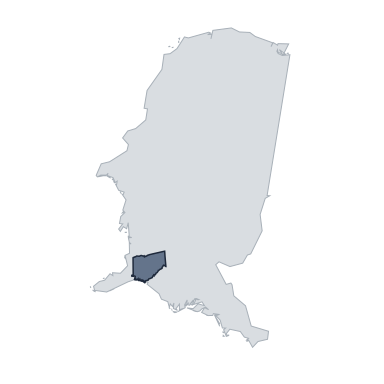 location of Georgia within United States of America, rotated 85°
{"feature_id": "USA-3543", "entity_name": "Georgia", "entity_type": "State", "adm_level": 1, "iso_a3": "USA", "parent_name": "United States of America", "parent_adm1": "", "projection": "albers", "projection_center": [-82.629, 32.682], "detail": "fine", "context": "in_parent", "style": "filled", "palette": "slate", "viewbox_px": 384, "rotation_deg": 85, "n_neighbors": 0, "source": "natural_earth", "source_scale": "10m", "svg_char_len": 7852}
<svg xmlns="http://www.w3.org/2000/svg" viewBox="0 0 384 384"><g transform="rotate(85 192 192)"><path d="M310.0,148.6L330.7,144.7L337.4,127.9L345.3,129.6L346.7,139.3L352.0,145.2L344.4,148.6L344.2,150.5L342.7,148.4L341.1,152.5L335.2,156.0L332.0,166.3L336.0,170.1L338.3,169.3L337.5,167.5L338.3,168.3L338.8,170.4L332.0,172.5L330.5,170.4L330.1,173.6L322.2,175.1L316.5,179.5L317.0,177.2L316.3,175.8L315.0,181.3L316.8,182.1L316.5,186.7L312.8,192.9L308.3,189.5L310.7,185.7L307.9,188.4L309.3,192.4L311.2,194.7L311.7,197.3L307.0,207.1L308.3,201.0L303.9,195.7L306.3,189.5L302.3,191.6L304.2,200.3L300.1,197.8L298.8,198.2L299.9,195.4L299.8,194.5L298.5,196.8L298.5,198.6L304.7,201.7L303.4,203.4L300.6,200.4L299.6,200.0L303.1,203.5L304.6,204.1L303.9,206.4L301.9,204.8L305.0,208.0L304.3,208.5L302.8,206.9L299.1,206.2L303.8,209.2L306.7,208.9L310.1,216.9L307.2,210.8L308.2,214.8L302.6,214.3L306.8,218.1L308.7,216.8L306.4,220.7L301.0,219.7L304.4,221.4L301.6,223.4L305.0,224.6L299.1,225.7L296.1,231.8L290.5,233.7L279.9,244.8L278.4,243.6L274.4,253.6L274.1,256.0L275.9,263.5L284.2,285.7L281.5,297.6L277.3,298.3L273.1,292.1L272.3,286.8L266.3,280.8L268.4,278.1L265.5,278.2L266.7,270.4L259.9,262.6L249.3,264.2L247.6,259.6L237.3,258.9L238.6,257.2L236.7,258.8L232.0,259.4L232.1,256.0L231.2,258.4L217.0,258.2L222.9,260.3L220.6,263.4L225.0,266.8L222.5,268.3L217.7,263.8L217.1,267.0L210.2,265.1L206.6,260.6L204.0,262.5L194.1,258.4L187.6,262.1L189.3,261.1L186.2,259.6L183.9,264.9L177.2,267.6L178.8,266.7L174.7,265.6L175.9,267.7L170.8,269.4L168.1,275.2L166.0,273.9L167.7,275.8L167.2,281.4L168.7,285.0L167.1,286.0L156.0,280.0L154.7,271.5L145.2,253.2L139.2,251.2L132.1,256.4L125.6,250.7L123.9,242.6L116.2,231.8L105.3,229.1L104.4,232.4L86.9,227.9L67.3,211.3L52.5,207.9L52.3,201.8L47.9,194.5L36.9,186.0L38.2,182.2L34.3,161.3L35.3,159.6L36.6,162.7L36.6,158.4L41.1,159.8L32.8,157.1L32.0,138.5L36.7,130.8L38.1,120.5L42.6,115.4L50.4,98.6L54.1,100.6L50.2,98.1L53.2,93.9L51.7,93.4L52.9,82.8L61.6,88.2L57.8,92.5L62.2,90.1L60.3,94.2L57.7,94.4L59.2,95.2L61.6,94.1L63.9,90.1L63.8,82.5L202.1,117.5L202.5,114.9L204.7,119.6L220.3,126.1L236.8,125.5L258.8,138.9L259.6,142.3L267.3,147.7L269.6,160.7L263.9,171.2L266.5,174.7L287.0,166.0L286.1,161.2L287.9,160.2L299.1,159.4L310.0,148.6ZM324.8,177.0L328.2,176.1L316.3,180.4L326.0,175.7L324.8,177.0ZM63.0,86.8L63.2,90.0L63.0,90.4L62.0,87.7L63.0,86.8ZM168.7,284.1L167.8,278.9L168.3,276.2L168.1,279.1L168.7,284.1ZM345.3,148.9L345.4,150.4L344.8,150.2L345.3,148.9ZM206.6,262.1L206.8,263.3L205.7,262.3L206.6,262.1ZM40.2,192.1L41.8,192.1L41.8,192.3L40.2,192.1ZM38.8,191.2L37.9,191.7L37.7,190.9L38.8,191.2ZM335.2,172.4L334.3,173.5L334.0,173.3L335.2,172.4ZM169.5,273.8L168.3,275.8L171.1,271.8L169.5,273.8ZM281.8,278.4L283.4,282.8L281.5,278.0L281.8,278.4ZM46.3,198.3L46.5,199.6L46.2,198.3L46.3,198.3ZM282.3,298.2L280.9,299.6L283.1,296.7L282.3,298.2ZM310.7,219.7L309.4,221.5L310.3,217.3L310.7,219.7ZM62.5,84.1L62.2,84.9L61.9,84.3L62.5,84.1ZM175.9,268.6L173.5,269.3L176.0,268.3L175.9,268.6ZM338.5,172.5L338.5,173.6L337.5,173.4L338.5,172.5ZM45.2,201.4L45.2,202.9L44.9,201.5L45.2,201.4ZM172.8,270.1L171.8,270.5L172.7,269.7L172.8,270.1ZM311.2,199.1L310.0,201.5L311.4,198.2L311.2,199.1ZM186.8,263.0L185.3,263.7L187.5,262.5L186.8,263.0ZM274.7,254.7L274.4,256.5L274.2,255.3L274.7,254.7ZM305.5,224.8L305.1,225.2L306.4,223.8L305.5,224.8ZM253.1,263.9L251.3,264.8L250.6,264.6L253.1,263.9ZM231.4,259.1L231.0,259.4L230.0,259.3L231.4,259.1ZM270.3,287.0L270.5,288.3L270.0,286.7L270.3,287.0ZM226.6,261.4L226.3,262.5L226.4,260.4L226.6,261.4ZM278.2,301.4L277.1,301.5L278.6,301.1L278.2,301.4ZM316.3,187.5L315.7,188.7L316.4,187.0L316.3,187.5ZM308.4,221.9L307.8,222.3L307.7,222.3L308.4,221.9Z" fill="#d9dde1" stroke="#a8b0b8" stroke-width="1"/><path d="M277.9,246.7L278.0,246.7L278.2,246.8L278.3,246.9L278.2,247.1L277.9,247.3L277.8,247.2L277.7,247.1L277.5,247.3L277.5,247.5L277.5,247.9L277.4,248.0L277.2,247.9L276.9,247.9L276.7,247.7L276.7,247.8L276.4,248.0L276.7,248.1L276.9,248.3L277.0,248.3L276.9,248.4L276.9,248.6L276.7,248.8L276.2,249.0L276.0,248.9L275.7,248.7L275.6,248.8L275.8,248.9L276.0,249.1L275.8,249.5L275.7,249.6L275.4,250.2L275.2,250.3L275.3,250.6L275.2,250.7L275.2,250.8L275.2,251.0L275.0,251.4L275.2,251.9L274.6,251.9L274.4,251.8L274.3,251.7L274.2,251.7L274.3,251.9L274.6,252.0L274.9,252.1L275.1,252.1L275.5,252.3L275.6,252.5L275.5,252.8L275.4,252.8L275.1,253.1L275.0,253.3L274.9,253.4L274.7,253.4L274.7,252.9L274.4,253.0L274.5,253.4L274.5,253.5L274.4,253.6L274.2,253.5L274.4,253.7L274.6,254.0L274.6,253.8L274.6,253.7L274.8,253.6L274.7,253.8L274.6,254.3L274.5,254.2L274.4,254.0L274.2,253.9L274.4,254.2L274.5,254.3L274.4,254.5L274.0,254.6L274.4,254.7L274.5,254.8L274.4,254.9L274.2,255.1L274.1,255.4L274.1,255.5L273.9,255.6L274.0,255.7L274.1,255.8L274.1,256.0L274.2,256.4L274.2,256.6L273.8,256.7L273.7,256.7L273.3,256.5L273.1,256.6L272.7,256.4L272.3,256.3L271.8,256.0L271.5,255.9L271.3,255.9L271.2,255.9L271.1,256.0L270.9,256.1L270.8,256.3L270.7,256.4L270.7,256.5L270.7,256.8L270.6,257.0L270.7,257.4L270.9,257.6L270.9,257.8L270.8,258.3L270.6,258.9L270.7,259.2L270.6,259.3L270.4,259.3L270.2,259.3L269.9,259.3L269.7,259.2L269.6,258.8L269.6,258.7L269.6,258.4L269.4,258.1L269.4,257.8L252.8,256.5L252.4,256.5L252.1,256.2L252.0,255.7L252.0,255.4L252.0,255.2L251.9,255.0L251.8,254.7L251.7,254.7L251.6,254.4L251.7,254.2L251.5,253.7L251.4,253.4L251.2,253.2L251.0,252.9L251.0,252.6L251.0,252.3L251.0,252.2L251.2,251.5L251.2,251.2L251.3,251.0L251.3,250.8L251.3,250.7L251.4,250.4L251.4,250.2L251.4,249.7L251.1,249.3L251.0,249.2L250.9,248.3L250.8,248.2L251.0,247.6L251.1,247.3L251.3,247.0L251.4,246.8L251.4,246.6L251.4,246.3L251.5,246.2L251.5,245.8L251.6,245.6L251.9,245.4L252.1,245.3L252.0,245.2L252.3,245.2L252.5,244.9L252.4,244.8L252.4,244.7L252.0,244.5L251.9,244.3L251.9,244.2L252.0,244.1L252.1,243.8L252.1,243.6L251.9,243.3L251.9,243.0L251.9,242.9L251.4,242.2L251.2,242.0L251.3,241.7L251.2,241.6L251.2,241.3L251.1,241.1L250.9,240.7L250.9,240.4L250.7,239.8L250.4,237.6L250.3,237.1L249.3,229.7L248.8,226.1L248.6,224.4L250.0,224.4L253.1,224.5L256.4,224.5L263.9,224.5L263.8,224.9L263.6,225.0L263.2,225.4L263.0,225.5L262.7,225.9L262.6,226.0L262.5,226.4L262.4,226.7L262.6,227.0L263.1,227.3L263.4,227.4L263.5,227.4L263.6,227.5L263.8,227.7L264.0,227.9L264.1,228.0L264.3,228.3L264.5,228.4L265.2,228.4L265.5,228.6L265.5,228.8L265.6,229.0L266.1,229.8L266.1,230.0L266.2,230.6L266.3,230.7L266.3,230.8L266.5,231.0L266.8,231.4L266.9,231.5L267.0,231.6L267.2,232.1L267.2,232.3L267.3,232.3L267.5,232.4L267.6,232.5L267.8,232.6L267.9,232.8L268.1,232.9L268.3,233.0L268.5,233.2L268.8,233.4L269.1,233.7L269.3,233.9L269.4,234.2L269.5,234.4L269.6,234.8L269.9,235.0L270.0,235.1L270.3,235.1L270.6,235.3L270.8,235.6L271.0,235.8L271.3,236.1L271.2,236.2L271.3,236.4L271.2,236.4L271.2,236.5L271.3,236.6L271.2,236.7L271.3,236.8L271.6,237.2L271.8,237.2L271.7,237.3L271.8,237.3L271.9,237.5L272.0,237.8L272.3,237.9L272.3,238.2L272.3,238.3L272.6,238.5L273.1,238.7L273.4,238.9L273.6,239.1L273.8,239.1L273.9,239.3L274.0,239.5L274.0,239.9L274.0,240.0L274.4,240.6L274.4,240.8L274.5,241.1L274.6,241.3L274.6,241.5L274.6,241.8L274.6,242.2L274.6,242.3L274.9,242.6L275.0,242.7L275.5,242.9L275.6,243.0L275.7,243.3L275.9,243.3L275.9,243.5L276.1,244.3L276.3,244.4L276.4,244.6L276.4,244.8L276.3,245.1L276.3,245.3L276.2,245.4L276.2,245.5L276.4,245.8L276.4,246.0L276.5,246.1L276.7,246.3L277.1,246.3L277.5,246.4L277.5,246.5L277.8,246.7L277.9,246.7ZM275.7,250.7L275.8,250.5L276.0,250.5L276.0,250.9L275.9,251.1L275.6,251.6L275.4,251.5L275.4,251.4L275.5,251.2L275.7,250.7ZM274.3,256.0L274.3,255.7L274.2,255.5L274.3,255.2L274.6,255.0L274.6,254.7L274.7,255.1L274.6,255.3L274.6,255.5L274.5,255.8L274.4,256.0L274.5,256.3L274.5,256.5L274.4,256.6L274.3,256.0ZM276.3,249.5L276.3,249.2L276.4,249.3L276.4,249.5L276.5,249.8L276.3,250.2L276.2,250.2L276.2,249.9L276.1,249.7L276.3,249.5Z" fill="#64748b" stroke="#1e293b" stroke-width="1.5"/></g></svg>